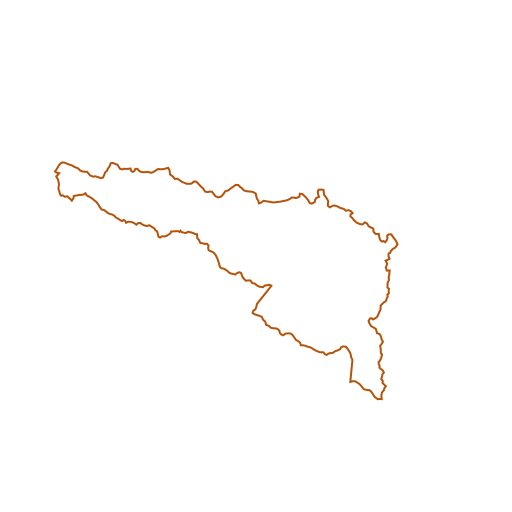 Arenópolis, Goiás, Brazil, rotated 324°
{"feature_id": "56859067B45082876942592", "entity_name": "Arenópolis", "entity_type": "district", "adm_level": 2, "iso_a3": "BRA", "parent_name": "Brazil", "parent_adm1": "Goiás", "projection": "robinson", "projection_center": [-51.603, -16.343], "detail": "fine", "context": "isolated", "style": "outline", "palette": "amber", "viewbox_px": 512, "rotation_deg": 324, "n_neighbors": 0, "source": "geoboundaries", "source_scale": "gbopen_adm2", "svg_char_len": 5490}
<svg xmlns="http://www.w3.org/2000/svg" viewBox="0 0 512 512"><g transform="rotate(324 256 256)"><path d="M251.4,160.7L249.2,159.1L247.6,159.5L245.9,159.3L242.5,157.0L239.7,152.5L237.9,147.3L235.7,146.0L235.5,143.0L234.4,139.5L236.4,135.9L236.8,133.1L232.5,131.4L230.2,130.1L227.9,128.1L222.1,127.7L220.0,127.0L217.8,124.3L214.7,122.5L212.3,120.3L211.4,118.0L211.3,115.8L209.6,114.6L207.5,115.8L205.7,115.5L205.0,113.7L205.9,111.5L202.3,109.4L200.8,108.0L199.0,107.5L197.2,105.5L197.6,100.8L196.0,98.4L195.0,96.7L193.0,95.5L190.0,97.5L187.3,98.3L185.7,99.4L183.3,99.7L178.4,102.6L176.1,101.7L174.4,99.1L172.9,97.1L171.0,96.2L169.1,93.3L168.9,88.8L165.2,85.5L163.9,83.2L163.6,80.6L161.3,76.9L160.6,74.9L157.8,71.0L155.8,67.7L154.2,66.4L152.3,66.3L150.4,66.6L146.2,68.4L143.1,69.5L143.7,71.4L145.4,73.3L143.1,73.9L141.2,74.2L140.8,77.6L139.9,79.9L138.5,82.6L136.6,84.3L135.6,85.6L134.9,88.1L133.8,90.5L133.8,92.7L135.3,93.3L136.2,95.7L138.5,96.9L138.7,98.8L139.3,101.0L139.5,103.0L142.3,101.9L143.9,100.3L145.5,101.1L147.0,101.9L149.4,102.9L150.6,104.0L152.6,104.8L154.9,105.0L154.6,107.3L155.5,109.1L156.3,110.9L157.3,113.3L157.8,115.7L158.6,118.3L158.7,121.5L158.4,124.4L158.4,127.7L160.2,129.7L160.9,132.3L161.6,134.7L163.0,136.7L164.2,138.1L165.0,140.2L165.3,142.6L166.6,145.4L168.0,148.9L170.2,149.1L170.8,151.0L170.4,152.8L172.9,153.2L175.0,155.0L176.1,156.6L177.0,158.4L177.6,160.4L180.0,160.1L181.9,161.4L182.3,163.2L184.0,166.1L185.3,167.6L187.7,168.4L189.0,171.5L190.0,173.9L189.8,175.9L190.5,178.2L189.2,181.0L188.4,183.3L189.4,184.8L191.6,184.8L193.1,186.2L195.2,187.1L197.8,187.3L200.3,187.3L201.7,186.3L204.2,187.9L206.0,189.0L207.5,190.1L208.3,191.5L209.8,191.2L209.9,193.0L211.2,194.5L212.7,196.2L215.2,196.4L217.0,198.3L218.7,200.6L219.5,202.3L221.1,203.7L219.8,205.7L219.0,207.1L219.3,209.2L218.9,211.1L218.6,212.8L220.4,214.4L221.4,215.9L223.6,217.4L223.7,219.7L222.1,221.2L221.1,223.3L221.7,225.0L222.8,226.3L223.8,228.7L223.9,231.7L223.2,235.6L221.7,240.3L220.9,242.1L220.4,244.0L220.9,245.7L222.6,247.4L223.9,250.7L224.5,253.6L225.3,255.3L228.4,258.8L231.0,258.7L233.2,259.5L233.9,261.2L232.8,264.8L232.9,267.8L233.3,270.1L235.1,271.0L237.1,272.5L237.0,275.6L238.8,277.6L239.4,280.2L240.7,282.8L243.2,285.3L245.7,285.1L248.4,286.4L250.2,287.4L250.9,289.2L228.4,295.4L227.1,296.8L224.1,298.8L221.7,298.6L219.7,300.3L220.7,302.4L222.1,304.4L223.9,306.9L224.9,308.7L224.3,311.5L224.9,314.6L223.7,317.6L225.2,319.9L225.9,322.9L227.8,324.9L229.9,326.6L230.7,328.4L231.0,330.3L230.1,331.9L230.1,333.9L231.3,336.1L234.2,336.1L237.0,337.8L238.4,339.1L239.2,341.5L239.1,344.4L239.0,347.4L240.3,350.2L240.7,352.2L239.8,354.6L241.3,355.6L242.8,357.2L244.9,360.3L246.7,362.5L247.6,365.1L248.6,367.2L249.7,369.2L250.9,371.1L252.2,372.3L253.8,373.4L254.0,375.9L255.1,377.6L256.9,377.6L258.5,377.9L259.9,378.9L261.8,379.6L263.8,379.5L266.1,380.2L269.2,380.9L271.0,379.9L273.2,380.2L275.5,382.4L275.5,384.4L275.5,386.6L275.2,389.9L274.5,391.8L273.5,393.7L273.1,396.1L271.7,398.3L270.3,399.7L258.3,413.3L261.0,414.3L262.8,416.0L264.4,420.1L264.8,422.9L264.8,424.9L265.0,427.2L266.3,428.7L267.4,430.1L268.8,431.0L269.5,433.5L269.4,436.5L269.1,439.5L270.4,443.5L271.9,444.3L273.6,445.7L275.3,442.7L277.6,440.4L280.5,439.8L282.1,438.4L284.5,437.7L283.7,433.0L285.1,431.7L285.0,429.2L287.5,427.3L289.0,425.8L290.9,425.5L291.3,423.0L290.6,420.7L290.2,418.9L291.4,417.6L291.9,415.2L293.1,413.7L294.6,413.6L296.8,412.4L298.8,410.9L300.1,409.7L299.9,408.0L300.9,406.5L302.1,404.8L303.7,401.6L306.2,400.9L308.3,400.0L308.5,397.7L309.7,394.6L310.2,392.2L308.5,389.4L309.3,387.8L310.1,385.2L309.0,382.8L307.9,380.4L308.2,377.0L308.9,374.7L311.5,373.6L313.1,374.4L313.4,376.1L315.2,376.4L317.5,376.5L319.4,375.9L321.1,374.9L323.2,373.6L325.3,372.5L327.7,369.4L329.6,369.0L332.2,368.7L334.6,368.8L336.7,367.3L338.8,366.2L339.6,364.4L341.5,364.4L342.7,362.3L344.3,360.7L343.8,358.8L345.1,357.2L346.6,355.1L349.5,353.6L350.7,351.3L353.2,349.1L354.4,347.5L355.6,346.3L353.3,344.7L354.3,341.4L356.0,340.6L357.6,339.2L358.1,335.9L360.1,336.4L362.4,336.7L363.1,333.8L364.9,331.9L366.5,332.3L367.8,331.3L370.7,330.7L373.2,331.0L374.8,330.7L377.3,329.8L377.9,327.2L378.2,325.0L378.0,322.3L378.2,318.1L376.0,316.5L374.1,316.6L372.7,319.0L370.7,320.3L368.6,320.7L368.0,318.9L366.4,318.4L365.9,316.1L366.5,314.0L367.2,312.4L368.3,310.3L365.8,308.7L365.3,305.4L367.0,302.9L364.6,298.1L364.9,295.0L363.9,292.8L360.8,293.1L358.9,291.4L357.0,288.1L356.3,284.7L356.3,282.2L355.7,279.3L356.9,278.0L359.3,278.1L359.2,275.7L357.7,273.2L355.3,272.2L354.7,269.5L353.2,267.6L351.9,265.8L351.0,263.6L348.9,261.0L346.8,260.3L344.3,260.0L343.7,257.6L344.9,255.9L346.5,254.5L347.0,252.0L347.1,249.3L347.1,246.4L348.6,243.7L349.5,242.3L347.8,240.6L345.6,239.2L343.9,240.1L342.5,242.7L341.7,245.2L339.2,244.5L336.9,245.2L335.2,246.9L331.9,246.4L330.5,244.6L331.0,241.7L330.9,239.5L330.8,237.6L330.4,235.5L329.9,232.9L328.0,231.4L326.1,233.5L323.6,233.1L321.9,232.2L320.8,230.8L319.2,229.7L316.3,229.7L312.6,228.7L310.9,227.7L308.3,226.7L304.1,224.4L302.1,223.3L300.4,221.8L299.2,220.4L297.6,218.9L294.6,215.8L291.5,215.8L289.3,215.1L290.4,212.6L290.4,210.4L291.3,207.9L292.5,205.4L291.0,202.1L286.4,198.0L284.7,195.7L284.5,193.3L283.7,190.4L283.4,188.1L281.3,186.5L277.2,186.5L274.5,186.5L272.2,186.6L269.0,185.6L266.2,186.7L264.5,187.1L262.6,187.4L260.2,186.6L258.3,183.9L258.3,181.8L258.2,178.1L256.2,176.5L254.5,176.0L252.7,174.0L252.9,170.5L252.3,167.4L251.4,160.7Z" fill="none" stroke="#b45309" stroke-width="2"/></g></svg>